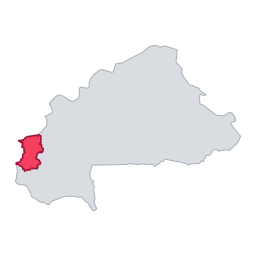 Kenedougou, Kénédougou, Burkina Faso (highlighted)
{"feature_id": "67063806B9375485614542", "entity_name": "Kenedougou", "entity_type": "district", "adm_level": 2, "iso_a3": "BFA", "parent_name": "Burkina Faso", "parent_adm1": "Kénédougou", "projection": "albers", "projection_center": [-4.927, 11.414], "detail": "fine", "context": "in_parent", "style": "filled", "palette": "rose", "viewbox_px": 256, "rotation_deg": 0, "n_neighbors": 0, "source": "geoboundaries", "source_scale": "gbopen_adm2", "svg_char_len": 7223}
<svg xmlns="http://www.w3.org/2000/svg" viewBox="0 0 256 256"><path d="M198.8,163.5L191.5,163.9L188.8,164.8L187.2,164.8L187.1,164.1L186.9,163.7L177.6,161.6L171.1,160.4L164.5,159.0L164.1,160.4L163.2,161.4L161.8,161.4L160.8,161.2L160.1,162.3L159.1,163.8L157.5,164.5L156.1,165.4L155.2,166.2L154.6,166.2L153.1,164.4L151.1,164.2L147.3,164.6L145.6,164.1L143.3,163.9L137.9,164.4L129.2,163.7L127.8,164.1L127.4,164.5L118.8,164.7L109.4,164.8L101.5,165.0L94.5,165.1L94.5,164.8L92.3,164.8L92.1,165.4L90.1,172.7L90.0,176.6L91.0,179.1L92.2,180.6L93.5,181.2L93.7,182.1L92.6,183.3L92.7,184.4L94.0,185.6L94.3,186.9L93.7,188.2L93.8,191.4L94.8,196.4L94.9,199.7L94.0,201.2L94.4,203.7L96.2,207.3L96.5,208.9L95.9,209.6L94.5,210.5L93.0,210.5L91.3,208.3L90.6,207.4L89.2,205.2L88.0,202.9L86.5,202.0L84.9,201.1L83.1,198.3L81.3,196.9L79.4,197.3L76.6,196.8L71.0,196.1L65.0,196.4L62.5,197.0L60.0,198.1L53.8,200.4L51.3,201.5L49.5,204.3L47.4,204.3L45.2,203.4L43.9,202.1L41.1,202.4L38.3,201.1L35.7,198.7L33.7,197.8L31.2,196.1L30.5,192.7L28.9,190.3L27.5,187.0L25.3,185.5L22.8,184.7L19.4,184.9L17.1,183.6L15.4,181.6L15.8,180.0L16.6,177.6L16.7,175.3L17.3,171.6L17.0,166.9L16.3,163.7L18.2,162.4L20.4,161.2L21.8,159.0L23.2,154.0L23.8,149.7L23.4,148.2L22.6,146.9L22.1,145.1L21.7,142.8L22.1,140.9L23.8,139.0L25.9,137.5L27.3,136.8L31.2,136.1L36.1,134.9L38.9,133.6L41.0,132.4L42.1,131.3L43.3,129.3L45.1,127.7L46.6,126.0L46.8,121.5L46.8,118.9L45.7,117.5L45.1,116.3L52.3,112.8L52.3,110.3L51.3,107.5L49.9,105.2L49.4,103.3L51.4,101.0L53.1,99.3L54.4,97.8L57.2,95.6L60.2,95.0L62.8,95.9L70.7,101.0L72.1,101.4L73.7,101.0L75.8,99.6L78.5,98.5L79.4,95.0L79.3,89.9L79.9,87.5L81.3,87.1L85.8,88.0L87.0,88.1L88.3,87.7L89.3,86.8L89.2,85.2L89.0,83.7L90.4,78.9L93.1,75.3L98.5,70.8L100.2,69.9L102.1,69.5L111.9,72.4L113.4,71.7L115.7,64.0L118.4,63.3L121.5,63.1L123.6,62.4L124.6,61.9L129.2,59.0L137.3,54.9L141.6,53.2L142.5,52.5L145.6,49.7L149.7,46.4L152.3,45.8L156.0,45.5L158.3,46.0L158.9,46.9L159.7,47.3L164.5,45.9L171.3,47.9L177.3,50.0L176.9,51.3L176.9,53.7L176.5,57.5L176.0,62.0L178.5,64.9L181.5,68.0L182.3,69.2L181.6,72.3L182.1,74.1L183.8,77.1L186.5,80.9L189.2,84.8L191.1,85.3L192.9,85.6L194.0,86.3L195.6,86.9L197.2,87.4L198.6,88.2L199.5,89.0L200.7,91.5L203.8,93.0L205.9,94.6L205.1,95.4L202.4,95.1L199.9,94.5L199.6,95.6L199.6,100.1L200.1,103.9L200.7,104.3L203.2,105.0L209.3,109.7L214.9,114.2L216.7,115.3L219.7,115.7L223.1,115.8L224.5,115.4L227.8,113.0L229.5,112.7L231.1,112.7L232.0,113.0L233.6,114.9L235.1,117.7L235.6,119.8L235.5,120.9L235.0,121.4L232.3,122.0L231.2,122.4L230.9,123.1L231.4,124.5L231.9,125.4L234.9,129.4L239.3,134.8L240.6,136.2L239.9,137.9L237.9,142.3L236.3,144.1L229.3,150.4L225.8,149.8L218.5,151.2L217.4,149.8L215.7,149.7L213.5,150.0L212.8,150.5L212.6,151.1L211.8,152.0L210.5,154.4L209.5,155.1L208.2,155.5L206.6,155.5L205.7,155.8L205.7,157.0L205.4,158.1L204.3,158.6L203.9,159.8L204.0,160.9L203.4,161.5L202.0,161.2L201.2,160.9L200.4,162.4L199.5,163.5L198.8,163.5Z" fill="#d9dde1" stroke="#a8b0b8" stroke-width="1"/><path d="M38.4,134.8L38.4,135.0L38.2,135.7L38.0,135.9L37.9,136.0L37.6,135.9L37.4,135.8L37.1,135.6L36.4,135.6L35.8,135.6L35.3,135.6L35.1,135.6L35.0,135.4L34.9,135.4L34.7,135.5L34.4,135.4L34.3,135.5L34.1,135.7L33.7,135.8L33.4,135.7L33.2,135.8L33.0,135.7L32.6,135.8L31.7,135.8L31.5,136.0L31.2,136.0L30.9,136.1L30.7,136.3L30.2,136.3L29.7,136.4L29.4,136.3L28.9,136.4L28.6,136.5L28.3,136.5L28.1,136.4L28.0,136.5L27.9,136.5L27.2,136.9L26.7,137.0L26.4,137.3L26.2,137.4L25.9,137.4L25.9,137.8L25.7,137.8L25.3,137.9L25.2,138.0L25.1,138.5L24.9,138.6L24.7,138.8L24.4,138.9L24.2,139.1L24.0,139.4L23.6,139.6L23.4,139.7L23.2,139.8L23.1,140.1L23.1,140.3L22.9,140.5L22.7,140.6L22.4,140.5L22.3,140.4L22.3,140.1L22.2,140.1L21.7,140.3L21.6,140.6L21.2,140.5L21.0,140.4L20.9,140.6L20.3,140.9L20.1,141.0L19.9,140.7L19.7,140.6L19.5,140.4L19.3,140.4L19.3,140.5L19.0,140.6L18.8,140.6L18.7,140.7L18.7,140.9L18.7,141.0L19.0,141.1L19.3,141.2L19.4,141.3L19.7,141.4L19.8,141.6L20.0,141.6L20.2,141.8L20.2,141.7L20.3,141.6L20.5,141.6L20.8,141.7L21.1,141.8L21.4,141.9L21.5,142.1L21.8,142.1L22.0,142.4L21.9,142.5L22.2,142.8L22.3,142.9L22.5,142.7L22.8,142.7L22.7,143.0L22.8,143.2L22.8,143.3L22.6,143.6L22.7,143.9L22.5,144.3L22.6,144.8L22.6,145.0L22.5,145.3L22.1,146.0L21.8,146.7L21.8,146.9L22.0,147.2L22.2,147.4L22.4,147.4L23.3,147.3L23.5,147.4L23.7,147.6L23.8,147.7L24.0,147.9L24.0,148.3L24.1,148.7L24.2,149.0L24.5,149.4L24.5,149.6L24.2,150.0L24.3,150.9L24.2,151.4L24.3,151.5L24.6,152.0L24.7,152.4L24.6,152.6L24.4,152.8L24.3,153.2L24.2,153.4L23.7,153.8L23.3,154.0L22.9,154.2L22.8,154.5L22.7,154.8L22.7,155.2L22.8,157.0L22.7,157.7L22.6,158.1L22.2,158.5L21.4,158.9L21.0,159.2L20.8,159.7L20.9,159.9L20.8,160.5L20.6,161.0L20.4,161.2L20.0,161.5L19.1,162.1L18.7,162.2L17.3,162.6L17.0,162.6L16.9,162.7L16.3,162.8L16.2,163.1L16.2,164.2L16.3,164.3L17.6,164.3L17.9,164.3L18.5,164.4L19.2,164.9L19.3,164.9L19.0,164.9L19.1,165.1L19.8,165.7L20.4,166.1L20.8,166.2L21.3,166.5L21.6,166.6L22.5,167.2L22.6,167.3L22.7,167.5L22.8,167.8L22.8,168.1L22.8,168.5L22.9,169.2L23.2,169.1L23.4,168.9L23.7,168.9L23.8,168.9L23.9,169.0L24.1,169.1L24.1,169.3L24.1,169.8L24.2,170.0L24.3,170.3L24.3,170.5L24.6,170.8L24.8,171.1L25.0,171.0L25.7,170.7L26.0,170.6L26.5,170.3L26.8,170.2L27.2,170.1L27.5,170.0L27.9,170.0L28.0,170.0L28.4,170.1L28.6,170.1L28.9,170.0L29.2,169.9L29.4,169.8L29.5,169.7L29.9,169.7L30.2,169.8L30.3,169.8L30.3,169.7L30.5,169.5L30.5,169.4L30.6,169.2L30.8,168.9L31.0,168.5L31.1,168.4L31.3,168.2L31.6,168.1L31.9,168.2L32.3,168.4L32.4,168.5L32.5,168.6L33.1,168.5L33.7,168.5L33.9,168.4L34.0,168.4L34.0,168.6L34.5,168.5L35.2,168.4L35.5,168.5L35.8,168.5L36.6,168.5L36.9,168.6L37.1,168.7L37.2,168.2L37.2,167.9L37.4,167.9L37.6,167.7L37.8,167.4L37.9,167.0L37.7,166.8L37.6,166.2L37.4,165.9L37.4,165.3L37.8,165.1L38.1,165.0L38.2,164.9L38.4,164.8L38.7,164.8L39.0,164.7L39.2,164.4L39.5,164.2L39.9,164.1L40.1,164.1L40.3,164.1L40.5,163.8L40.4,163.5L40.4,163.4L40.5,162.8L40.3,162.3L40.1,161.7L39.7,161.2L39.3,161.0L39.0,160.6L38.9,160.4L39.0,160.3L38.9,160.2L38.8,159.9L38.7,159.8L38.5,159.7L38.4,159.7L38.1,159.7L37.9,159.7L37.7,159.5L37.4,159.2L37.1,159.0L36.9,159.1L36.6,159.1L36.4,158.8L36.4,158.7L36.4,158.4L36.1,158.2L35.9,157.7L36.0,157.5L36.1,157.4L36.4,157.0L36.9,155.8L37.0,155.6L36.9,155.1L36.9,154.6L37.0,154.4L37.1,154.2L37.3,154.0L37.3,153.9L37.5,153.8L37.6,153.7L37.8,153.4L37.9,153.2L38.1,153.2L38.1,152.8L38.3,152.8L38.5,152.7L38.9,152.5L39.0,152.5L39.1,152.3L39.2,152.2L39.4,152.2L39.8,152.1L39.8,151.9L40.1,151.7L40.2,151.8L40.4,151.9L40.6,151.9L40.6,152.0L40.8,152.3L40.9,152.6L41.1,152.7L41.2,152.8L41.3,152.8L41.6,152.6L42.1,152.4L42.1,152.0L42.2,151.7L42.3,151.6L42.8,151.4L43.0,151.0L43.0,150.9L43.1,150.7L43.0,150.0L43.1,149.7L43.2,149.0L43.2,148.7L43.0,148.4L42.2,148.0L42.0,147.9L41.8,147.6L41.6,147.3L41.6,147.1L41.6,146.1L41.6,145.9L41.8,145.3L41.8,145.2L41.7,145.0L41.6,144.9L41.3,144.8L41.0,144.7L40.8,144.6L40.5,144.6L40.0,144.5L40.0,144.4L39.9,144.3L39.9,144.1L39.9,143.4L39.9,143.1L40.0,143.1L40.4,143.2L40.6,143.2L40.8,143.2L40.9,142.8L41.1,142.6L40.8,141.6L40.7,140.9L40.7,140.5L40.8,140.1L40.9,139.4L41.1,138.9L41.1,138.7L40.7,137.0L40.5,136.3L40.4,135.8L40.6,135.8L40.4,135.6L39.4,135.2L39.0,134.9L38.7,134.8L38.4,134.8Z" fill="#f43f5e" stroke="#9f1239" stroke-width="1.5"/></svg>